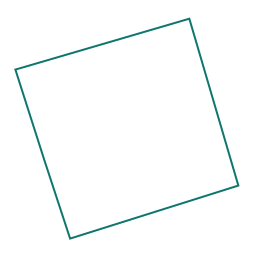 the district of Irion, Texas, United States of America, rotated 73°
{"feature_id": "52423323B54674882577965", "entity_name": "Irion", "entity_type": "district", "adm_level": 2, "iso_a3": "USA", "parent_name": "United States of America", "parent_adm1": "Texas", "projection": "equal_earth", "projection_center": [-101.026, 31.304], "detail": "fine", "context": "isolated", "style": "outline", "palette": "teal", "viewbox_px": 256, "rotation_deg": 73, "n_neighbors": 0, "source": "geoboundaries", "source_scale": "gbopen_adm2", "svg_char_len": 231}
<svg xmlns="http://www.w3.org/2000/svg" viewBox="0 0 256 256"><g transform="rotate(73 128 128)"><path d="M41.4,37.4L39.2,218.6L133.9,217.4L216.8,215.7L215.3,39.3L41.4,37.4Z" fill="none" stroke="#0f766e" stroke-width="2"/></g></svg>